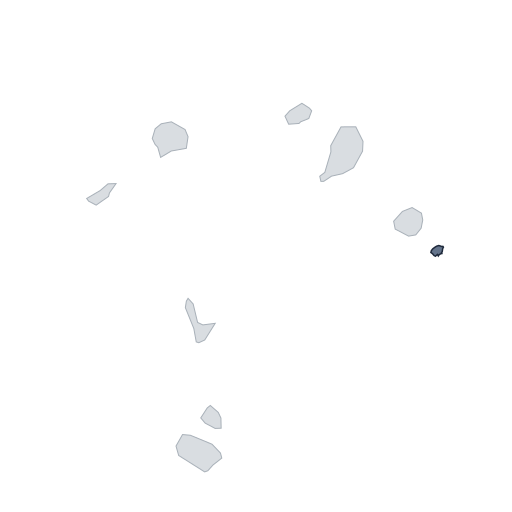 Brava on a map of Cabo Verde (Robinson projection), rotated 240°
{"feature_id": "CPV-5041", "entity_name": "Brava", "entity_type": "state/province", "adm_level": 1, "iso_a3": "CPV", "parent_name": "Cabo Verde", "parent_adm1": "", "projection": "robinson", "projection_center": [-24.723, 14.852], "detail": "fine", "context": "in_parent", "style": "filled", "palette": "slate", "viewbox_px": 512, "rotation_deg": 240, "n_neighbors": 0, "source": "natural_earth", "source_scale": "10m", "svg_char_len": 1554}
<svg xmlns="http://www.w3.org/2000/svg" viewBox="0 0 512 512"><g transform="rotate(240 256 256)"><path d="M325.3,394.2L318.0,407.0L301.8,406.0L293.5,400.7L283.7,384.6L284.0,372.2L287.4,361.3L286.8,352.0L288.2,349.5L293.2,351.1L294.0,357.4L308.7,372.9L314.2,375.9L325.3,394.2ZM115.0,123.8L103.1,126.7L98.1,125.3L96.5,114.2L94.1,106.9L94.7,103.6L121.9,89.3L131.4,91.7L138.1,103.1L133.6,109.5L115.0,123.8ZM389.1,222.7L399.3,225.3L403.1,224.4L409.6,224.9L416.6,232.3L417.9,240.0L414.5,249.8L401.0,257.8L393.3,256.8L384.1,249.5L389.3,235.1L389.1,222.7ZM219.9,415.4L210.4,420.7L203.8,418.4L197.5,412.9L194.4,404.9L196.9,398.1L209.7,390.0L217.3,392.6L221.4,405.1L219.9,415.4ZM246.6,169.0L251.7,173.1L253.3,176.0L245.9,177.6L227.7,172.2L222.9,175.5L218.1,187.0L208.9,169.6L209.5,163.1L211.5,161.3L224.3,165.9L246.6,169.0ZM357.3,376.2L353.9,376.8L348.7,370.5L349.9,361.8L349.3,359.5L353.8,350.2L362.6,351.0L364.9,357.9L365.3,372.1L357.3,376.2ZM149.4,141.7L139.4,145.1L133.2,144.6L124.3,139.7L127.1,134.4L136.7,128.4L143.4,127.2L148.8,137.8L149.4,141.7ZM392.5,163.9L388.7,171.0L383.9,160.6L381.3,158.1L380.0,143.0L387.1,138.5L390.5,138.1L390.6,153.7L392.5,163.9Z" fill="#d9dde1" stroke="#a8b0b8" stroke-width="1"/><path d="M171.6,409.2L173.0,410.6L173.8,412.6L174.1,414.9L174.2,417.3L173.7,419.5L172.7,420.5L171.6,421.3L170.8,422.7L169.9,422.7L169.0,421.3L166.7,419.5L165.8,417.8L164.9,418.8L165.5,417.5L165.6,416.3L165.5,415.1L164.9,413.9L166.6,413.9L166.1,411.3L167.5,410.4L169.8,410.0L171.6,409.2Z" fill="#64748b" stroke="#1e293b" stroke-width="1.5"/></g></svg>